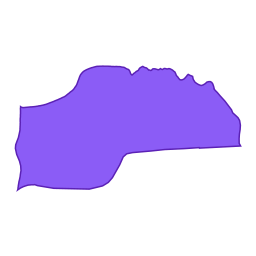 outline of Al Mahfad, Abyan, Yemen
{"feature_id": "15242507B3305834191455", "entity_name": "Al Mahfad", "entity_type": "district", "adm_level": 2, "iso_a3": "YEM", "parent_name": "Yemen", "parent_adm1": "Abyan", "projection": "equal_earth", "projection_center": [46.687, 14.009], "detail": "fine", "context": "isolated", "style": "filled", "palette": "violet", "viewbox_px": 256, "rotation_deg": 0, "n_neighbors": 0, "source": "geoboundaries", "source_scale": "gbopen_adm2", "svg_char_len": 3715}
<svg xmlns="http://www.w3.org/2000/svg" viewBox="0 0 256 256"><path d="M190.1,75.4L189.9,75.3L189.0,74.8L188.2,74.4L187.8,74.8L187.4,75.1L186.8,75.9L186.7,76.1L186.0,76.9L185.3,77.7L184.5,78.5L183.7,79.2L182.7,79.6L181.8,79.9L180.8,79.9L179.9,79.7L179.2,78.9L178.5,78.1L177.8,77.0L177.0,76.2L176.3,75.4L175.9,74.2L175.4,73.1L174.9,72.0L174.0,71.4L173.2,70.7L172.4,70.0L171.6,69.6L170.7,69.1L169.7,68.7L168.7,68.6L167.8,68.9L166.9,69.0L165.9,68.7L165.0,68.5L164.1,68.5L163.2,69.1L162.3,69.5L161.4,69.2L160.5,68.6L159.6,69.2L158.8,69.7L157.8,69.7L156.8,69.3L155.9,69.1L154.9,68.8L153.9,68.8L153.0,68.8L152.2,69.4L151.5,70.3L150.6,70.5L149.6,70.0L148.7,70.1L148.0,69.3L147.3,68.6L146.4,67.9L145.5,67.7L144.5,67.4L143.6,66.9L142.8,66.4L141.9,66.8L141.0,67.3L140.1,67.8L139.3,68.6L138.8,69.6L138.1,70.5L137.2,71.0L136.3,71.4L135.5,72.2L134.5,73.0L133.6,73.5L132.9,74.4L132.0,75.0L131.2,74.4L130.5,73.4L130.2,72.3L129.7,71.1L129.1,70.1L128.3,69.4L127.3,69.1L126.5,68.7L125.6,68.3L124.7,67.6L123.8,67.3L122.9,67.2L122.1,67.1L121.9,67.1L120.8,66.8L119.9,66.6L119.0,66.6L117.9,66.6L116.8,66.5L115.8,66.5L114.6,66.6L113.5,66.5L112.5,66.5L111.5,66.5L110.4,66.3L109.1,66.3L108.1,66.2L107.1,66.2L106.0,66.2L105.1,66.2L104.1,66.2L102.9,66.1L101.7,66.2L100.8,66.2L99.8,66.2L98.7,66.3L97.6,66.3L96.6,66.4L95.7,66.6L94.7,66.9L93.5,67.2L92.6,67.5L91.6,67.7L90.5,68.1L89.4,68.5L88.4,68.9L87.5,69.3L86.5,69.7L85.6,70.2L84.7,70.7L83.7,71.3L83.0,71.9L82.2,72.7L81.3,73.8L80.6,74.7L80.1,75.7L79.6,76.8L79.2,78.0L78.6,79.7L78.1,80.9L77.7,82.1L77.2,83.4L76.8,84.5L76.2,85.6L75.5,86.6L74.9,87.4L74.1,88.7L73.3,89.6L72.6,90.3L71.8,91.0L70.9,91.6L69.9,92.4L69.2,93.1L68.3,93.7L67.5,94.4L66.7,95.0L65.8,95.8L64.9,96.4L64.0,96.9L63.0,97.3L62.1,97.7L61.0,98.3L59.8,98.8L58.9,99.2L57.9,99.7L56.8,100.1L55.8,100.5L54.8,100.9L53.8,101.4L52.7,101.8L51.4,102.3L50.2,102.7L49.0,103.2L48.0,103.6L47.1,103.9L46.2,104.3L45.3,104.5L44.2,104.8L43.2,105.1L42.1,105.3L40.8,105.6L39.6,105.8L38.7,105.9L37.6,106.2L36.6,106.3L35.5,106.5L34.6,106.6L33.6,106.7L32.6,106.8L31.7,106.9L30.7,106.9L29.7,107.0L28.8,107.1L27.7,107.2L26.6,107.3L25.5,107.4L24.5,107.5L23.4,107.6L22.4,107.5L21.3,107.2L20.6,106.7L20.6,107.1L20.5,108.0L20.4,108.9L20.5,109.9L20.5,110.9L20.5,111.9L20.5,112.7L20.5,113.7L20.4,114.7L20.4,115.9L20.4,116.9L20.3,117.8L20.2,118.8L20.2,119.7L20.2,120.6L20.2,121.5L20.3,122.5L20.2,123.5L20.2,124.4L20.2,125.3L20.1,126.3L20.1,127.3L20.0,128.3L20.0,129.4L20.0,130.1L19.3,133.5L18.4,137.6L17.2,140.7L15.7,144.8L15.4,148.4L16.7,154.4L19.5,161.1L20.7,165.8L21.0,170.7L20.9,171.3L20.7,172.1L20.6,173.1L20.4,174.1L20.3,175.1L20.2,175.9L20.1,176.8L19.9,177.7L19.7,178.6L19.5,179.6L19.3,180.5L19.0,181.4L18.9,182.4L18.7,183.2L18.6,184.2L18.4,185.0L18.3,185.9L18.2,186.9L18.0,187.8L18.0,188.7L17.8,189.6L17.7,189.9L18.1,189.6L18.8,189.2L19.5,188.7L20.2,188.2L20.9,187.8L21.6,187.5L22.2,187.2L22.8,186.9L23.7,186.5L24.4,186.3L25.2,186.0L25.8,185.8L26.5,185.6L27.4,185.3L28.2,185.1L29.2,185.0L30.0,185.0L30.8,184.8L31.5,184.8L32.4,184.8L33.1,184.8L33.8,184.8L34.7,184.6L37.4,185.6L53.7,188.3L89.3,189.1L102.2,186.0L103.1,185.6L108.3,182.4L112.4,177.7L119.7,164.8L123.2,156.9L126.7,153.8L132.5,152.6L150.9,151.0L164.9,149.5L173.9,149.1L184.4,148.6L199.2,147.6L199.4,148.1L240.6,146.0L239.2,143.4L239.1,138.6L239.4,134.1L240.1,129.6L240.4,125.2L239.6,120.5L238.0,117.7L236.0,115.8L232.7,112.8L231.5,109.8L224.9,101.1L219.9,95.6L217.3,92.5L215.3,90.5L214.0,88.9L214.2,88.7L213.6,86.3L213.1,84.8L212.6,83.6L211.6,82.3L210.3,81.6L208.9,81.6L206.9,82.1L205.3,83.6L203.7,84.6L202.4,85.2L201.1,85.5L198.8,84.7L196.9,83.6L195.0,82.2L193.6,80.0L193.1,78.9L192.9,77.8L192.6,76.4L191.7,76.0L190.8,75.6L190.1,75.4Z" fill="#8b5cf6" stroke="#5b21b6" stroke-width="1.5"/></svg>